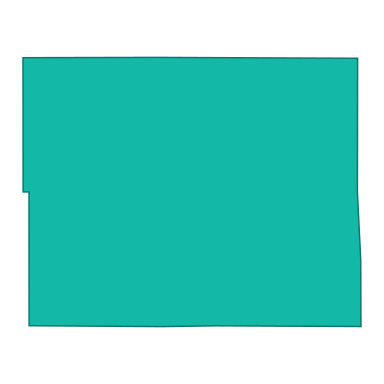 outline of Douglas, Minnesota, United States of America
{"feature_id": "52423323B43796500945789", "entity_name": "Douglas", "entity_type": "district", "adm_level": 2, "iso_a3": "USA", "parent_name": "United States of America", "parent_adm1": "Minnesota", "projection": "mercator", "projection_center": [-95.419, 45.933], "detail": "fine", "context": "isolated", "style": "filled", "palette": "teal", "viewbox_px": 384, "rotation_deg": 0, "n_neighbors": 0, "source": "geoboundaries", "source_scale": "gbopen_adm2", "svg_char_len": 292}
<svg xmlns="http://www.w3.org/2000/svg" viewBox="0 0 384 384"><path d="M357.6,58.3L156.6,57.4L23.0,57.7L23.1,191.9L29.0,191.9L29.1,325.7L162.1,326.6L162.4,326.6L216.2,325.8L361.0,326.5L360.9,315.3L360.7,259.4L357.4,192.6L357.6,58.3Z" fill="#14b8a6" stroke="#0f766e" stroke-width="1.5"/></svg>